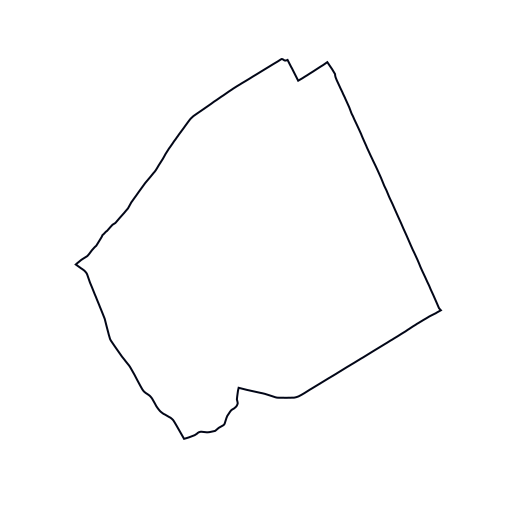 the district of Benito Juárez, Distrito Federal, Mexico, rotated 325°
{"feature_id": "50627088B57941954628474", "entity_name": "Benito Juárez", "entity_type": "district", "adm_level": 2, "iso_a3": "MEX", "parent_name": "Mexico", "parent_adm1": "Distrito Federal", "projection": "robinson", "projection_center": [-99.164, 19.38], "detail": "fine", "context": "isolated", "style": "outline", "palette": "ink", "viewbox_px": 512, "rotation_deg": 325, "n_neighbors": 0, "source": "geoboundaries", "source_scale": "gbopen_adm2", "svg_char_len": 4622}
<svg xmlns="http://www.w3.org/2000/svg" viewBox="0 0 512 512"><g transform="rotate(325 256 256)"><path d="M103.5,159.6L105.4,165.0L105.5,165.4L106.2,167.1L106.8,168.9L107.0,169.6L107.1,170.3L107.2,170.9L107.3,172.1L107.3,173.3L107.0,174.7L105.4,180.3L104.8,182.4L103.6,187.9L102.0,194.7L101.2,198.5L101.0,199.2L100.1,203.2L99.3,206.8L99.1,207.5L98.3,211.1L97.3,215.4L96.3,219.6L96.0,220.8L93.6,227.1L92.7,229.5L91.3,233.3L90.9,234.4L90.5,235.4L89.0,239.8L88.9,240.1L88.8,240.5L88.6,242.0L88.5,248.7L88.5,250.6L88.5,253.8L88.5,256.8L88.5,261.5L88.8,266.0L88.8,266.8L89.1,271.5L89.2,272.6L89.2,274.0L89.1,275.6L88.4,283.0L88.3,283.9L87.6,289.2L86.8,295.9L86.4,300.0L86.4,301.2L86.4,301.7L86.5,302.6L86.6,303.2L87.1,305.0L87.6,306.2L88.1,307.5L88.7,309.2L88.9,310.2L89.0,311.0L89.1,312.4L89.1,313.3L88.6,318.6L88.2,322.0L88.2,323.2L88.2,324.7L88.3,326.4L88.4,327.7L88.6,328.8L89.0,330.2L89.2,330.8L89.7,332.3L90.3,333.3L91.5,335.9L92.6,338.3L93.2,339.4L93.5,340.5L93.8,341.6L93.9,342.2L94.0,342.8L94.0,343.5L93.9,345.7L93.6,349.4L93.0,355.9L92.2,364.5L95.4,365.6L97.4,366.2L103.0,367.6L105.6,367.7L106.8,367.5L107.6,367.6L108.1,367.6L108.7,367.8L109.3,368.0L110.2,368.4L114.8,372.4L116.0,373.1L116.9,373.6L122.1,375.8L122.9,375.8L123.9,375.7L125.9,375.5L126.9,375.4L132.1,375.9L133.1,375.8L134.1,375.4L138.8,371.8L140.8,370.5L143.4,369.5L145.1,368.8L147.0,368.2L148.3,368.1L150.6,368.3L152.6,368.1L153.7,367.9L154.8,367.4L155.9,366.7L156.6,366.1L157.2,364.8L158.1,362.5L160.2,360.1L162.6,357.5L163.9,356.1L166.2,354.0L169.2,357.5L171.8,360.5L180.8,370.3L182.5,372.1L183.3,373.0L184.1,373.9L188.6,379.8L190.9,382.9L192.0,384.1L193.3,385.1L199.6,389.6L204.5,392.9L206.0,393.9L206.9,394.3L208.2,394.8L210.3,395.4L213.5,395.8L217.1,396.1L221.5,396.3L223.9,396.4L224.9,396.5L229.4,396.8L237.1,397.3L245.1,397.8L254.5,398.5L255.1,398.5L262.0,398.9L267.2,399.2L269.5,399.4L271.3,399.5L275.2,399.8L280.3,400.1L281.4,400.2L281.9,400.2L282.3,400.2L285.6,400.5L294.5,401.0L296.2,401.1L299.5,401.3L302.5,401.5L308.8,401.9L311.9,402.1L313.0,402.2L317.4,402.4L319.6,402.6L321.8,402.7L326.1,403.0L330.8,403.2L335.3,403.5L338.1,403.5L339.9,403.6L341.0,403.6L344.4,403.7L347.3,403.9L348.9,403.9L351.1,404.1L353.0,404.2L354.1,404.3L356.0,404.4L359.4,404.7L362.3,404.9L362.8,404.9L364.5,405.1L367.2,405.5L369.3,405.8L370.3,406.0L371.2,406.0L376.3,406.5L376.1,405.1L376.0,403.6L377.3,397.3L378.8,389.8L379.9,383.7L380.8,379.6L381.5,375.3L382.3,371.1L383.0,367.1L383.6,363.6L384.4,359.4L385.3,355.5L386.1,351.7L386.8,347.9L387.5,344.0L388.0,340.8L389.0,335.7L389.8,331.8L391.1,325.4L392.5,317.9L393.6,312.6L395.1,304.6L396.3,298.4L397.6,291.9L398.0,289.6L398.7,285.5L399.1,283.4L400.5,277.1L401.3,272.1L403.2,263.8L404.8,255.4L405.6,250.9L406.3,246.6L406.5,245.3L406.9,243.1L407.6,238.9L407.9,237.3L409.1,230.6L409.4,229.4L410.7,222.6L410.8,222.3L411.0,221.1L411.7,217.8L412.0,216.7L413.0,211.3L414.0,205.7L414.2,204.5L414.9,200.4L415.6,197.0L415.8,195.4L416.0,194.1L417.6,187.9L417.8,186.9L419.2,179.4L419.4,178.3L419.6,177.5L420.4,172.6L420.6,171.9L421.5,166.4L421.7,165.4L422.7,159.8L422.9,158.6L423.7,155.2L424.4,153.5L425.1,152.3L425.5,146.5L425.6,138.1L422.4,138.1L420.5,138.1L417.3,137.9L414.5,137.8L411.7,137.7L408.4,137.6L404.7,137.4L401.7,137.3L398.5,137.1L395.9,137.0L391.1,136.6L391.7,132.4L392.7,125.5L393.1,122.9L393.2,121.5L394.3,113.5L393.7,113.4L392.7,113.0L391.9,112.6L391.4,111.9L391.1,111.1L390.8,110.3L390.2,109.5L389.8,109.3L388.5,109.2L385.4,109.1L380.2,108.7L375.2,108.4L370.5,108.1L365.7,107.8L360.6,107.5L356.5,107.2L352.3,107.0L347.8,106.7L342.7,106.3L342.0,106.3L337.7,106.0L333.2,105.8L331.4,105.8L328.3,105.7L327.7,105.7L326.8,105.7L321.5,105.7L318.9,105.6L313.7,105.6L313.1,105.6L310.2,105.5L306.6,105.6L302.8,105.6L290.1,105.5L285.8,105.5L284.9,105.5L282.8,105.8L281.4,106.0L280.2,106.3L277.1,107.3L274.8,108.1L272.7,108.8L270.2,109.7L266.3,111.0L262.7,112.2L260.3,113.1L259.6,113.3L257.2,114.2L254.7,115.0L251.9,116.1L249.7,116.9L247.8,117.6L246.5,118.0L243.4,119.3L240.5,120.5L238.1,121.7L235.4,123.0L232.0,124.4L228.6,125.8L225.1,127.4L222.7,128.4L220.8,129.0L219.8,129.2L214.9,130.6L207.7,132.5L206.7,132.8L196.6,136.3L191.9,138.0L190.4,138.5L187.0,139.7L186.5,139.9L184.4,140.6L184.1,140.8L178.4,143.6L175.6,144.3L172.3,145.2L171.8,145.3L166.3,146.6L163.6,147.3L159.7,148.3L156.4,148.1L152.8,148.9L148.4,150.0L147.0,150.0L144.2,150.6L142.0,150.9L141.2,151.5L140.0,152.1L134.7,154.4L131.0,156.0L129.8,156.1L128.6,156.3L124.8,157.2L124.2,157.4L120.6,158.6L118.3,159.2L117.7,159.3L111.8,159.0L111.5,159.0L110.3,159.0L106.5,159.3L105.9,159.3L103.5,159.6Z" fill="none" stroke="#020617" stroke-width="2"/></g></svg>